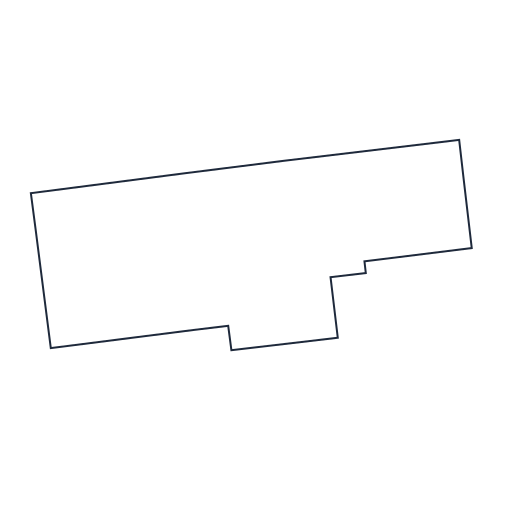 the district of Grenada, Mississippi, United States of America, rotated 173°
{"feature_id": "52423323B71852127868887", "entity_name": "Grenada", "entity_type": "district", "adm_level": 2, "iso_a3": "USA", "parent_name": "United States of America", "parent_adm1": "Mississippi", "projection": "orthographic", "projection_center": [-89.866, 33.787], "detail": "fine", "context": "isolated", "style": "outline", "palette": "slate", "viewbox_px": 512, "rotation_deg": 173, "n_neighbors": 0, "source": "geoboundaries", "source_scale": "gbopen_adm2", "svg_char_len": 390}
<svg xmlns="http://www.w3.org/2000/svg" viewBox="0 0 512 512"><g transform="rotate(173 256 256)"><path d="M184.8,164.9L184.6,225.9L149.1,225.7L149.0,237.5L137.0,237.5L40.9,237.6L40.5,309.7L40.2,346.5L46.5,346.5L217.4,347.1L280.0,346.9L316.0,346.8L471.8,345.8L471.5,309.4L470.9,189.6L327.4,190.2L292.1,190.1L291.9,165.5L184.8,164.9Z" fill="none" stroke="#1e293b" stroke-width="2"/></g></svg>